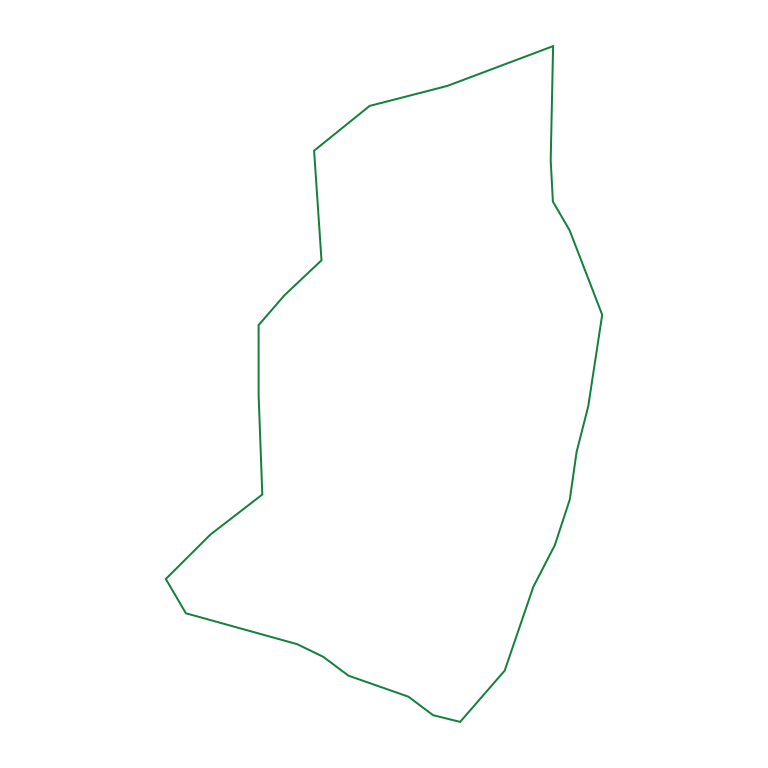 an SVG outline of Bukedea
{"feature_id": "UGA-5591", "entity_name": "Bukedea", "entity_type": "District", "adm_level": 1, "iso_a3": "UGA", "parent_name": "Uganda", "parent_adm1": "", "projection": "equal_earth", "projection_center": [34.118, 1.359], "detail": "fine", "context": "isolated", "style": "outline", "palette": "green", "viewbox_px": 768, "rotation_deg": 0, "n_neighbors": 0, "source": "natural_earth", "source_scale": "10m", "svg_char_len": 473}
<svg xmlns="http://www.w3.org/2000/svg" viewBox="0 0 768 768"><path d="M408.4,696.7L348.5,675.7L323.2,656.8L297.2,644.2L185.9,613.3L165.8,579.0L210.6,534.4L262.3,494.5L258.6,394.9L258.6,325.1L284.5,295.2L321.5,260.3L314.1,150.7L369.6,105.9L447.3,85.9L553.1,46.1L550.7,160.5L552.9,201.6L569.6,230.3L602.2,314.8L588.2,406.5L576.6,451.9L569.8,499.5L554.8,545.2L533.3,586.9L504.7,670.6L460.1,721.9L433.1,715.2L408.4,696.7Z" fill="none" stroke="#15803d" stroke-width="2"/></svg>